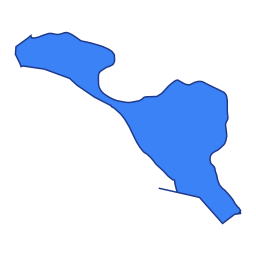 Grande Riviere, Dennery, Saint Lucia
{"feature_id": "8701671B60568978044101", "entity_name": "Grande Riviere", "entity_type": "district", "adm_level": 2, "iso_a3": "LCA", "parent_name": "Saint Lucia", "parent_adm1": "Dennery", "projection": "albers", "projection_center": [-60.932, 13.933], "detail": "fine", "context": "isolated", "style": "filled", "palette": "blue", "viewbox_px": 256, "rotation_deg": 0, "n_neighbors": 0, "source": "geoboundaries", "source_scale": "gbopen_adm2", "svg_char_len": 2163}
<svg xmlns="http://www.w3.org/2000/svg" viewBox="0 0 256 256"><path d="M21.0,66.6L23.2,66.0L44.3,69.1L69.7,78.4L76.9,85.1L94.4,97.1L111.3,105.8L111.4,106.5L112.7,107.3L114.5,108.4L115.6,109.4L120.8,114.1L124.7,119.1L129.2,126.7L134.3,137.3L136.8,142.3L140.0,147.4L143.5,151.8L145.0,152.9L147.0,154.1L149.2,156.1L150.5,157.3L153.5,160.8L154.8,162.6L155.8,164.0L163.1,170.7L168.2,176.2L172.7,179.8L173.3,179.9L174.6,180.2L174.8,182.5L175.0,183.8L176.4,189.5L177.6,192.4L158.7,188.2L178.0,192.5L199.5,197.4L222.6,223.5L227.5,219.7L234.6,214.3L240.5,213.5L240.6,213.0L240.4,212.5L238.6,213.2L240.6,210.7L238.9,208.0L237.8,207.0L234.9,203.5L233.1,200.0L230.7,196.9L228.1,193.8L224.5,190.0L222.4,188.4L219.7,185.2L218.3,181.9L217.4,179.2L217.2,177.6L216.5,174.5L215.5,172.0L215.0,169.7L214.9,168.5L214.1,166.6L212.3,164.9L210.5,162.9L210.5,161.7L210.1,160.4L210.0,158.9L210.4,156.2L211.4,154.3L213.0,152.7L215.8,151.1L217.5,150.2L219.3,148.9L221.4,147.1L224.5,143.9L225.8,140.8L226.7,136.4L226.6,133.9L226.2,129.9L225.6,126.0L225.6,124.2L225.9,123.0L227.6,119.4L227.9,118.3L227.7,115.9L227.3,111.6L227.3,107.6L227.3,100.8L226.7,97.0L225.9,94.6L224.0,92.4L222.5,91.6L219.2,90.0L213.4,87.2L206.8,84.0L204.1,82.5L202.0,81.6L200.3,81.4L198.3,81.4L195.3,82.2L193.1,83.1L190.1,84.7L188.0,84.8L185.3,84.2L183.4,83.2L177.9,80.1L177.2,80.1L175.8,80.5L173.9,81.6L171.3,83.7L168.5,86.1L163.7,91.4L161.4,93.6L157.5,96.1L156.0,96.5L147.0,96.8L145.3,96.9L143.8,97.5L141.4,99.6L139.7,100.5L138.6,100.9L135.2,101.5L131.1,102.3L128.9,102.5L125.7,102.3L123.3,101.9L117.0,100.7L112.8,99.1L108.6,96.9L104.6,94.3L102.3,92.3L100.4,89.8L98.9,86.7L98.5,83.6L98.4,78.6L98.5,74.8L99.0,73.2L99.8,72.0L101.7,70.4L106.5,67.3L108.4,66.7L110.3,66.0L111.7,65.2L113.0,64.4L113.9,62.9L114.4,61.5L114.6,60.2L114.5,57.7L114.3,54.7L112.4,52.0L110.5,50.4L107.7,48.8L102.5,46.5L97.8,45.0L90.9,43.0L83.7,41.4L81.8,41.1L80.3,40.4L75.7,37.1L72.6,35.0L69.0,33.2L66.6,32.5L66.0,32.6L64.3,32.8L62.0,33.6L59.2,34.4L56.0,34.4L51.4,33.4L48.6,33.5L43.3,35.2L38.5,37.1L34.6,38.0L31.5,37.8L31.0,36.4L30.9,35.5L28.0,38.0L16.0,46.7L15.4,54.2L20.2,64.1L21.0,66.6Z" fill="#3b82f6" stroke="#1e3a8a" stroke-width="1.5"/></svg>